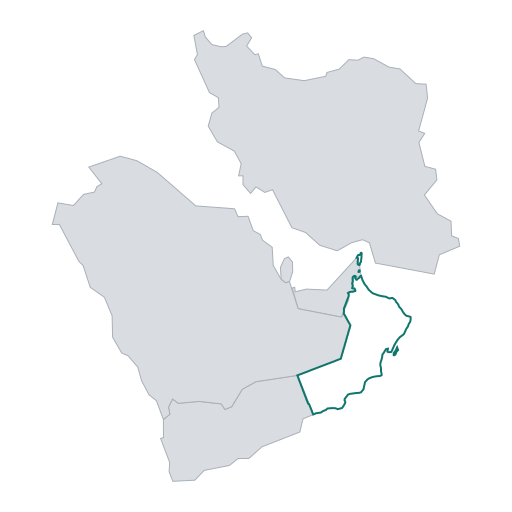 Oman highlighted among its neighbors
{"feature_id": "OMN", "entity_name": "Oman", "entity_type": "country or territory", "adm_level": 0, "iso_a3": "OMN", "parent_name": "Asia", "parent_adm1": "", "projection": "robinson", "projection_center": [56.004, 21.502], "detail": "fine", "context": "with_neighbors", "style": "outline", "palette": "teal", "viewbox_px": 512, "rotation_deg": 0, "n_neighbors": 5, "source": "natural_earth", "source_scale": "50m", "svg_char_len": 5400}
<svg xmlns="http://www.w3.org/2000/svg" viewBox="0 0 512 512"><path d="M292.2,288.0L294.7,287.2L295.2,291.8L306.5,289.1L327.0,290.1L356.5,257.9L359.3,263.5L361.2,276.7L353.9,276.8L352.7,287.6L355.3,289.9L348.8,293.2L348.7,300.0L341.3,317.1L298.1,308.7L292.2,288.0Z" fill="#d9dde1" stroke="#a8b0b8" stroke-width="1"/><path d="M281.2,279.5L280.4,267.4L284.4,258.7L288.3,256.9L292.5,262.1L292.7,271.8L289.5,281.6L285.5,282.8L281.2,279.5Z" fill="#d9dde1" stroke="#a8b0b8" stroke-width="1"/><path d="M250.6,193.4L243.0,184.7L243.0,175.8L238.6,175.8L241.2,163.7L234.3,151.1L217.4,141.9L208.2,126.1L211.9,113.1L219.0,107.4L218.4,97.7L209.5,92.7L194.5,59.6L197.4,54.5L193.9,35.4L203.4,30.7L205.3,37.0L211.9,44.6L221.2,46.8L226.1,46.4L242.6,34.1L247.7,32.9L251.6,37.8L246.6,46.0L254.9,54.7L258.3,53.8L262.3,66.1L275.3,69.5L284.6,77.9L304.1,80.7L325.7,76.3L327.0,72.4L339.1,69.2L348.9,59.7L358.0,60.2L364.0,57.1L373.7,58.7L388.9,67.1L399.9,68.9L415.8,83.6L426.1,84.2L427.6,98.1L418.6,131.0L424.7,133.4L418.9,142.5L424.9,166.4L435.6,169.2L436.9,179.9L424.4,195.0L437.3,213.8L451.0,221.2L451.6,235.8L458.4,238.5L459.7,246.2L439.3,254.8L434.2,274.1L375.5,263.1L369.4,242.7L362.5,239.7L351.6,242.7L337.2,250.8L319.8,245.3L305.6,232.5L291.9,227.7L272.5,189.7L264.8,192.4L256.0,186.9L250.6,193.4Z" fill="#d9dde1" stroke="#a8b0b8" stroke-width="1"/><path d="M297.7,375.3L313.5,414.4L303.0,418.9L299.8,432.0L261.9,446.8L248.8,458.5L238.0,458.5L229.5,465.4L204.2,470.4L194.8,480.2L172.8,481.3L169.1,471.6L169.7,462.5L160.6,438.4L163.5,437.6L163.4,419.5L169.9,414.2L168.5,407.2L172.5,399.0L178.4,403.3L199.1,401.4L221.3,403.9L224.9,409.5L231.7,406.7L242.3,389.2L255.9,381.7L297.7,375.3Z" fill="#d9dde1" stroke="#a8b0b8" stroke-width="1"/><path d="M57.9,202.9L73.5,205.5L83.5,194.4L94.4,192.1L97.0,186.5L101.8,183.7L88.8,167.1L120.1,156.2L136.8,160.7L157.2,172.4L195.8,205.9L234.6,208.8L238.0,216.7L248.0,216.3L253.3,230.7L260.3,234.5L262.6,240.3L272.2,247.3L273.2,265.3L281.2,279.5L285.5,282.8L289.5,281.6L298.1,308.7L341.3,317.1L344.2,313.6L350.7,325.4L341.1,358.7L297.7,375.3L255.9,381.7L242.3,389.2L231.7,406.7L224.9,409.5L221.3,403.9L199.1,401.4L178.4,403.3L172.5,399.0L168.5,407.2L169.9,414.2L163.4,419.5L156.4,400.7L149.0,394.8L141.6,380.8L137.8,367.2L128.1,355.8L121.7,353.0L112.6,337.2L112.1,315.7L104.4,297.3L90.2,287.3L83.1,265.4L79.1,261.7L59.3,224.4L52.3,224.5L57.9,202.9Z" fill="#d9dde1" stroke="#a8b0b8" stroke-width="1"/><path d="M313.2,414.5L312.3,412.3L311.5,410.1L310.6,407.9L309.7,405.7L309.1,404.2L308.1,403.6L307.5,402.0L306.8,400.3L306.2,398.7L305.6,397.0L304.9,395.4L304.3,393.7L303.7,392.0L303.0,390.4L302.4,388.7L301.8,387.0L301.1,385.4L300.5,383.7L299.9,382.1L299.2,380.4L298.6,378.7L298.0,377.1L297.3,375.4L299.4,374.6L301.9,373.7L304.4,372.7L306.9,371.8L309.4,370.8L311.8,369.8L314.3,368.9L316.8,367.9L319.3,367.0L321.8,366.0L324.3,365.1L326.8,364.1L329.3,363.2L331.8,362.2L334.3,361.3L336.7,360.3L339.2,359.3L340.8,358.8L341.4,356.5L341.9,354.7L342.5,352.8L343.0,351.0L343.5,349.2L344.1,347.3L344.6,345.5L345.1,343.6L345.7,341.8L346.2,339.9L346.7,338.1L347.2,336.3L347.8,334.4L348.3,332.6L348.8,330.7L349.4,328.9L349.9,327.0L350.4,325.4L349.5,323.7L348.2,321.5L347.0,319.3L345.8,317.1L344.9,315.5L343.8,313.7L344.0,311.2L343.9,310.0L344.0,308.2L345.1,305.6L346.3,302.3L347.1,300.1L347.9,298.2L348.5,296.7L348.8,295.1L348.6,294.0L348.2,293.6L347.9,293.1L349.1,292.2L351.2,291.7L352.4,291.8L354.0,291.4L355.3,291.0L355.4,290.5L355.1,289.7L354.5,288.5L352.7,288.4L352.1,288.0L352.8,286.3L352.7,285.7L352.5,285.0L352.2,283.9L352.3,282.5L352.7,281.5L352.7,280.7L352.6,279.1L352.6,277.6L353.0,276.9L353.7,276.2L354.3,275.9L355.0,275.9L355.5,276.2L355.8,277.0L355.6,277.5L355.2,277.6L355.1,277.8L355.7,278.8L356.4,279.8L357.1,279.6L357.7,278.8L358.5,278.2L359.4,277.7L360.0,276.6L360.6,275.9L361.1,275.8L362.5,280.2L364.7,284.3L366.6,286.5L368.6,289.6L371.6,292.4L373.0,293.4L378.6,295.4L381.7,296.1L386.0,296.8L388.9,298.3L389.9,298.4L391.4,298.0L392.5,298.0L395.3,300.1L396.2,302.1L397.3,303.2L398.4,304.8L399.0,306.6L401.4,309.2L403.1,312.2L404.8,314.4L406.4,315.8L408.7,316.3L410.5,316.9L410.7,318.4L410.5,320.3L410.2,321.7L408.5,324.5L408.1,326.2L406.2,329.0L404.1,333.7L403.1,334.8L399.8,337.2L397.3,340.2L394.3,345.2L392.1,350.3L391.3,351.9L389.4,352.2L388.2,352.1L387.4,351.6L387.7,350.2L387.9,348.7L386.8,348.9L385.9,349.2L383.6,353.0L382.4,354.6L382.2,356.7L381.6,359.4L380.7,361.9L380.3,364.0L380.3,365.2L381.0,368.1L381.0,371.1L381.4,372.9L381.7,375.0L380.7,375.7L379.8,376.0L376.2,376.3L372.6,377.0L369.4,378.2L367.5,379.4L365.0,382.2L363.5,389.2L361.1,392.2L359.5,392.8L355.5,393.1L349.9,393.9L348.0,394.6L344.7,398.9L344.5,400.2L345.1,401.2L345.3,402.3L345.0,403.3L343.5,406.0L342.0,408.0L337.7,409.2L336.2,408.5L334.7,408.1L332.0,408.1L327.5,408.5L325.8,410.0L323.2,411.0L320.8,412.6L316.3,413.2L313.2,414.5ZM359.8,264.6L359.5,265.0L359.1,265.0L358.2,264.7L357.6,263.9L357.7,263.0L357.7,261.3L358.0,259.7L357.9,258.0L357.2,257.7L356.7,257.7L357.9,255.3L358.3,255.0L358.8,255.1L359.9,254.9L360.5,253.6L360.9,252.9L361.4,252.9L361.7,253.3L361.5,255.3L361.5,257.0L360.9,262.0L360.2,262.9L359.9,263.6L359.8,264.6ZM394.8,355.0L393.9,355.3L393.7,355.2L393.7,353.1L395.8,350.4L397.1,347.4L398.1,350.1L396.5,351.6L395.6,354.2L394.8,355.0ZM359.6,271.5L359.0,272.0L358.5,271.9L358.6,271.0L358.9,270.4L359.5,270.4L359.7,270.8L359.6,271.5Z" fill="none" stroke="#0f766e" stroke-width="2"/></svg>